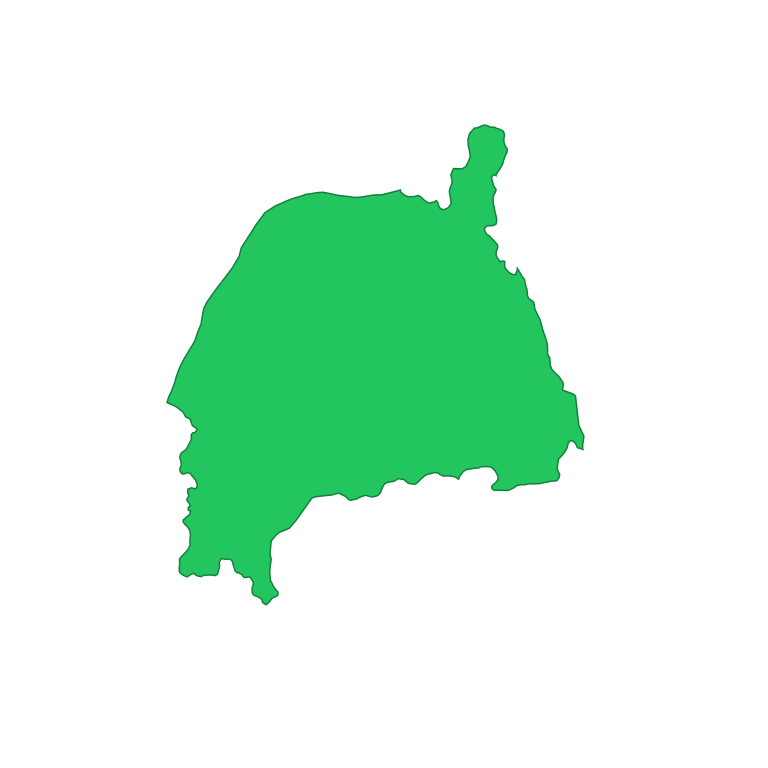 Belaga, Sarawak, Malaysia (orthographic projection), rotated 127°
{"feature_id": "92858781B14210888216544", "entity_name": "Belaga", "entity_type": "district", "adm_level": 2, "iso_a3": "MYS", "parent_name": "Malaysia", "parent_adm1": "Sarawak", "projection": "orthographic", "projection_center": [114.332, 2.676], "detail": "fine", "context": "isolated", "style": "filled", "palette": "green", "viewbox_px": 768, "rotation_deg": 127, "n_neighbors": 0, "source": "geoboundaries", "source_scale": "gbopen_adm2", "svg_char_len": 5583}
<svg xmlns="http://www.w3.org/2000/svg" viewBox="0 0 768 768"><g transform="rotate(127 384 384)"><path d="M219.2,487.6L228.9,495.3L234.6,499.9L237.7,504.1L241.3,508.0L245.5,511.9L249.7,516.0L252.8,519.9L255.9,525.6L261.3,534.7L265.2,543.3L267.5,548.0L271.4,552.6L275.6,556.5L279.7,560.7L284.7,563.8L289.6,567.7L295.8,571.6L300.8,574.4L307.5,578.1L318.9,582.2L333.7,582.0L361.2,579.9L369.3,576.5L382.8,575.0L393.7,575.0L409.8,575.2L425.1,574.7L432.1,573.4L439.4,569.8L446.4,566.1L454.2,564.1L463.8,560.9L483.8,558.9L493.1,557.3L503.5,554.2L507.1,552.6L517.2,549.5L524.5,548.0L529.2,546.1L529.4,546.1L528.1,540.4L527.3,536.8L527.3,532.5L527.3,530.5L527.4,527.6L527.9,526.2L528.7,524.7L529.6,522.7L529.4,521.2L528.9,519.3L528.9,517.3L531.6,513.5L532.6,511.7L532.2,508.2L532.6,506.2L534.9,505.6L536.9,506.0L538.2,507.4L540.5,507.4L542.4,505.9L543.7,504.9L547.0,503.9L549.3,503.7L554.0,502.7L555.1,502.7L557.3,503.2L560.8,504.4L563.6,503.9L566.1,502.4L567.4,500.4L568.9,498.6L570.4,497.4L572.1,496.7L574.2,496.2L575.6,495.2L576.6,493.9L577.2,491.9L577.1,490.6L574.9,488.6L573.4,488.1L572.6,486.4L572.1,484.8L572.6,482.8L573.1,481.3L574.1,476.8L576.4,473.1L577.4,472.0L578.6,471.8L579.6,471.3L580.9,471.3L581.9,473.1L582.9,475.5L586.0,477.3L589.4,475.0L590.5,472.6L592.5,472.3L595.0,472.1L596.0,470.0L596.8,467.2L598.3,465.2L600.5,466.0L602.6,464.2L602.0,462.0L605.1,460.7L609.6,461.8L613.6,462.5L615.1,461.2L615.9,458.3L616.1,455.8L617.1,452.7L617.9,450.9L621.4,447.4L624.0,446.0L626.2,444.5L629.5,441.9L632.8,441.1L636.7,441.1L644.0,441.9L646.6,442.0L647.8,441.2L649.9,439.5L652.4,437.9L654.3,436.7L656.6,434.9L657.6,433.1L657.7,430.1L656.7,425.3L652.4,423.6L649.9,422.4L649.8,419.1L649.3,417.0L647.9,414.1L644.9,412.6L643.3,410.5L640.5,407.0L638.6,403.5L636.1,402.5L632.7,403.9L628.2,405.7L625.8,408.2L623.0,408.8L620.9,408.3L620.2,406.5L618.9,404.5L616.9,402.2L616.4,400.4L617.2,397.9L618.7,396.2L620.0,394.4L622.0,391.7L622.8,390.4L623.2,388.1L622.3,386.3L621.7,382.9L622.5,380.9L622.7,379.5L621.5,377.6L619.9,376.5L618.9,374.5L620.7,369.5L622.8,367.7L625.5,367.0L627.6,365.7L630.5,363.0L631.0,360.5L630.1,357.7L629.5,353.9L629.8,351.7L631.5,349.4L631.5,347.2L631.1,345.2L626.1,344.3L623.1,344.6L621.3,343.9L618.3,342.1L616.2,341.8L613.9,343.6L613.4,346.3L612.5,349.7L609.2,356.4L605.7,359.7L602.2,362.7L598.4,365.0L592.0,368.5L588.0,373.0L577.2,379.6L569.7,379.3L565.2,378.2L560.4,375.2L556.3,372.8L545.5,372.2L518.4,372.9L515.7,371.2L513.3,368.7L510.3,365.7L504.3,359.1L501.0,356.6L499.5,355.4L498.0,353.3L497.8,351.1L497.1,348.1L497.1,345.1L497.6,343.1L497.1,340.8L492.5,336.7L490.0,335.7L488.3,334.7L485.5,332.9L483.7,331.4L482.5,327.9L481.5,325.7L479.5,323.7L476.9,321.9L473.6,321.4L471.2,321.9L468.7,322.7L464.8,323.4L462.4,323.2L460.4,321.7L459.4,321.1L455.8,317.6L451.0,315.6L448.3,310.5L448.5,308.6L448.6,304.6L446.7,301.0L445.2,298.8L442.2,297.8L438.9,297.5L432.4,296.2L430.9,295.5L424.2,290.2L422.6,287.2L422.6,284.6L421.8,281.1L419.4,278.3L416.4,273.6L415.4,270.8L415.1,267.1L412.1,268.0L406.3,268.0L403.3,267.1L397.7,261.8L395.7,259.8L394.0,257.8L391.7,256.7L387.7,251.7L385.9,248.7L386.1,245.7L386.6,242.4L388.1,239.4L389.2,237.3L390.5,236.1L392.2,235.4L394.0,235.4L396.0,235.6L398.8,236.3L400.5,236.4L401.8,235.8L402.7,234.4L402.7,232.4L398.8,227.1L394.4,220.8L389.2,218.0L385.1,216.7L382.2,214.3L379.8,211.0L376.8,208.5L372.3,202.6L369.3,199.2L366.6,197.1L364.7,195.1L361.0,192.1L359.0,189.6L357.0,187.8L353.7,187.8L350.4,189.3L348.7,192.9L347.2,194.9L342.1,197.8L338.9,199.4L336.8,199.2L332.1,198.7L329.5,198.7L325.7,199.1L319.9,201.4L317.0,200.9L316.0,199.2L315.9,197.1L316.5,194.9L317.2,193.4L318.4,191.3L316.5,185.8L315.9,186.6L313.2,188.6L305.4,192.9L300.6,202.1L299.1,204.2L278.2,224.0L278.2,226.8L278.8,229.3L279.5,231.4L280.2,233.6L280.8,235.7L281.3,237.6L280.7,238.7L279.2,238.9L277.5,239.9L276.2,240.9L275.2,241.9L273.7,245.9L272.5,250.0L272.5,251.8L272.2,254.0L271.7,256.3L271.5,258.1L270.0,261.1L268.4,263.1L266.6,264.4L264.6,266.3L263.2,267.4L262.7,269.3L261.4,271.6L258.7,273.6L256.6,275.2L253.9,277.6L251.9,280.0L250.1,282.5L248.3,285.2L246.8,287.5L244.1,291.2L242.1,293.8L240.6,295.6L238.5,298.5L237.2,301.3L235.5,304.6L233.8,307.9L232.3,309.8L230.3,311.4L228.5,314.2L228.5,317.6L228.7,320.0L226.7,323.0L224.9,324.5L222.7,326.5L221.2,328.7L215.7,335.1L215.4,337.8L214.1,340.5L210.9,348.0L211.9,346.4L217.7,344.8L219.0,346.8L219.7,350.9L219.0,355.2L218.2,357.7L215.7,359.7L213.4,361.4L214.2,363.2L216.4,364.7L215.2,369.3L212.9,372.8L209.9,374.3L206.1,375.5L204.4,377.6L202.6,386.9L202.2,389.1L202.9,391.9L200.7,396.1L199.1,397.6L195.8,396.9L193.4,394.1L191.3,391.8L188.8,390.8L186.6,391.8L184.6,393.2L182.3,395.7L180.8,397.7L178.3,400.5L176.3,402.5L174.2,405.4L171.5,407.5L169.4,409.0L167.7,409.8L165.7,410.3L163.0,410.7L161.0,411.8L160.2,414.6L158.7,417.1L156.6,419.6L155.6,421.3L154.1,422.5L153.2,422.5L150.7,422.4L150.1,419.9L149.4,420.5L145.7,420.8L142.9,420.8L137.1,421.6L132.8,423.3L127.9,424.7L124.6,425.3L122.0,427.2L121.1,430.1L118.6,434.0L115.7,436.0L112.5,437.6L110.3,440.8L111.0,445.4L112.0,447.3L112.4,450.3L114.5,453.0L115.2,455.5L116.1,458.6L117.5,460.3L123.7,464.0L125.2,465.8L132.4,466.4L137.7,464.4L142.4,460.7L146.5,455.9L150.1,452.2L154.5,450.7L161.1,449.5L165.3,451.2L168.0,455.1L170.1,458.2L176.8,456.5L179.6,453.0L182.3,450.6L188.0,449.1L191.1,447.6L194.7,443.7L199.5,438.9L204.5,438.8L208.8,441.0L210.0,444.5L209.0,447.2L206.4,450.8L206.1,452.6L209.0,453.9L212.6,457.3L213.0,462.4L212.4,467.2L212.8,470.1L216.4,473.0L219.9,477.5L220.8,480.9L220.7,486.1L219.2,487.6Z" fill="#22c55e" stroke="#15803d" stroke-width="1.5"/></g></svg>